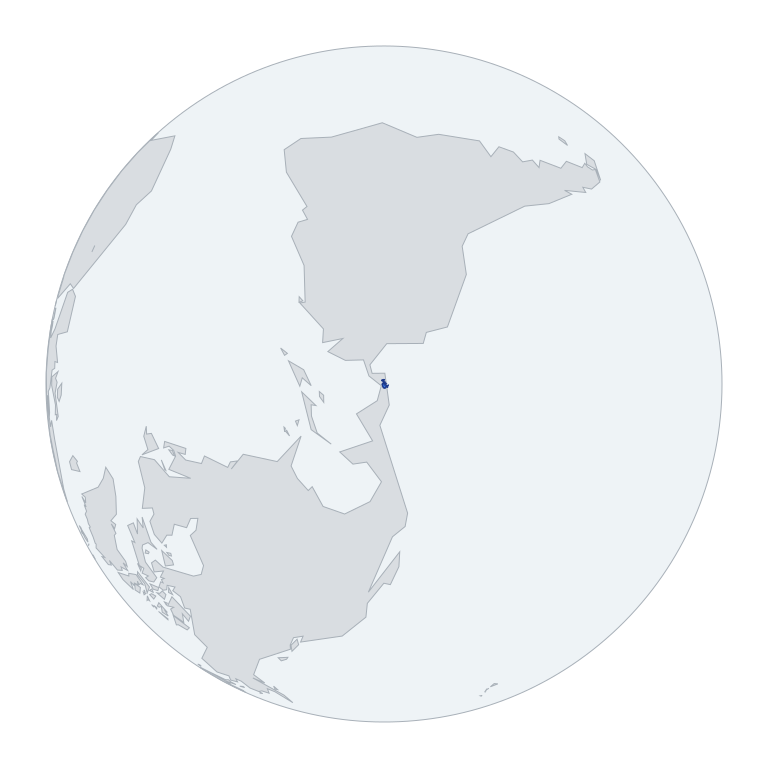 the Earth from above Chiriquí, rotated 232°
{"feature_id": "PAN-1332", "entity_name": "Chiriquí", "entity_type": "Province", "adm_level": 1, "iso_a3": "PAN", "parent_name": "Panama", "parent_adm1": "", "projection": "orthographic", "projection_center": [-82.256, 8.459], "detail": "fine", "context": "on_globe", "style": "filled", "palette": "blue", "viewbox_px": 768, "rotation_deg": 232, "n_neighbors": 0, "source": "natural_earth", "source_scale": "10m", "svg_char_len": 9611}
<svg xmlns="http://www.w3.org/2000/svg" viewBox="0 0 768 768"><g transform="rotate(232 384 384)"><circle cx="384" cy="384" r="338" fill="#eef3f6" stroke="#a8b0b8"/><path d="M407.8,384.7L399.7,381.2L392.0,391.3L364.2,375.2L354.0,355.3L267.7,323.1L258.7,312.9L258.4,296.6L229.6,243.5L242.1,293.1L230.9,283.3L222.0,265.5L227.1,261.2L221.4,235.8L211.4,226.2L211.1,195.9L232.0,159.4L235.1,165.0L239.8,156.5L236.1,149.4L232.6,147.0L243.7,116.4L235.2,102.3L221.8,106.0L233.1,99.7L200.5,113.6L189.0,116.0L208.6,108.6L215.7,104.5L211.1,103.1L217.4,98.8L218.8,96.0L226.8,91.3L237.6,88.6L242.9,85.8L239.4,85.2L245.1,80.9L249.5,82.1L259.9,75.1L280.0,71.6L285.3,82.6L303.0,80.5L325.8,92.6L330.2,89.0L341.7,92.7L351.2,90.3L352.7,94.3L358.9,89.2L355.7,86.1L357.4,83.1L362.7,81.8L365.6,86.2L363.3,87.5L366.9,88.2L366.1,91.1L369.5,88.9L372.4,95.1L377.4,87.2L386.2,90.7L386.0,95.4L375.8,97.1L349.9,115.6L346.5,122.7L352.0,130.0L383.9,138.1L384.5,145.8L392.7,154.6L397.1,148.8L392.3,140.0L402.6,132.4L395.4,123.8L398.6,119.8L395.4,111.0L406.9,110.4L419.9,115.0L423.1,122.6L428.9,125.2L434.8,117.0L449.5,131.6L474.2,142.7L476.8,147.4L465.7,156.5L443.1,157.7L428.7,173.6L449.2,161.9L455.4,175.3L461.1,177.4L467.3,176.4L469.3,171.0L473.8,175.8L455.2,188.2L450.9,184.0L456.8,179.7L446.2,180.9L433.7,191.2L437.8,198.2L414.5,209.5L417.2,215.0L413.6,221.2L411.0,211.3L415.3,229.8L388.6,252.1L394.0,286.6L376.6,260.3L362.9,257.6L346.7,258.7L347.3,264.2L325.0,260.6L305.8,272.9L299.9,300.6L308.5,321.8L333.1,322.3L340.0,310.2L357.7,307.3L346.2,340.0L377.4,343.9L375.0,368.4L384.3,380.8L399.6,377.1L415.6,382.7L426.4,368.1L444.1,359.7L445.2,379.6L454.4,361.1L464.7,370.2L499.6,367.6L497.1,372.3L526.6,394.0L557.3,402.0L564.4,415.9L560.8,425.1L571.2,426.8L571.3,432.6L611.0,437.5L630.1,449.6L628.6,469.7L610.9,494.6L590.9,543.5L558.1,561.8L547.1,580.8L516.8,608.9L497.3,608.2L500.2,620.6L487.1,628.8L473.7,630.0L469.1,638.8L459.1,639.4L464.2,644.7L445.1,656.2L447.2,664.8L432.5,673.4L434.3,678.1L429.8,678.1L424.3,680.0L422.9,682.6L410.3,678.5L409.8,667.6L416.6,661.8L410.7,660.9L425.4,645.5L417.9,648.8L424.6,625.0L437.5,604.4L450.6,542.7L444.4,530.4L419.6,516.3L389.9,469.1L398.6,449.1L391.8,439.9L414.1,411.0L407.8,384.7ZM77.6,289.1L79.9,281.4L80.1,286.4L77.6,289.1ZM80.2,276.7L79.6,279.3L79.9,277.1L80.2,276.7ZM79.7,275.0L80.1,276.2L79.4,275.6L79.7,275.0ZM78.7,273.8L79.4,274.1L79.2,274.4L78.7,273.8ZM392.9,298.5L428.5,314.3L408.9,317.1L412.5,313.8L403.4,307.1L386.5,301.2L369.1,305.4L392.9,298.5ZM78.2,269.6L78.2,268.4L79.0,267.9L78.2,269.6ZM407.4,278.8L401.2,277.6L407.2,277.3L407.4,278.8ZM230.0,146.9L235.4,149.9L236.4,158.4L231.1,156.2L230.0,146.9ZM229.1,132.6L233.4,132.1L227.8,140.0L227.1,137.8L229.1,132.6ZM210.7,110.3L213.9,111.0L208.7,112.0L210.7,110.3ZM217.6,96.5L214.7,97.9L216.7,96.0L217.6,96.5ZM389.2,112.1L392.2,111.6L391.3,113.5L389.2,112.1ZM385.0,109.1L381.8,111.7L379.3,110.6L381.3,109.0L385.0,109.1ZM230.6,87.3L234.7,84.3L232.4,86.8L230.6,87.3ZM389.6,106.3L375.3,108.5L371.0,106.8L375.2,99.7L389.6,106.3ZM238.3,82.3L248.0,76.1L242.4,78.3L263.8,69.6L248.5,77.1L246.5,79.5L243.5,79.9L238.3,82.3ZM352.4,85.9L356.1,89.0L348.2,87.8L352.4,85.9ZM346.9,85.9L320.2,88.5L317.4,83.9L327.0,83.6L319.5,79.5L331.3,75.8L338.0,77.3L337.5,80.8L342.4,76.9L346.9,85.9ZM274.1,66.3L278.0,64.8L276.0,66.0L274.1,66.3ZM357.4,81.9L352.3,82.5L349.5,78.4L359.3,76.5L357.1,78.4L357.4,81.9ZM311.7,80.5L311.4,77.5L320.9,73.7L322.0,72.1L331.3,75.4L311.7,80.5ZM360.4,78.6L364.4,75.8L370.5,76.6L362.3,81.1L360.4,78.6ZM344.7,78.3L343.8,76.4L347.5,76.8L344.7,78.3ZM394.4,79.3L388.3,79.4L386.4,77.2L394.4,79.3ZM365.5,74.7L363.4,74.4L361.9,73.8L365.7,72.2L365.5,74.7ZM337.3,72.7L341.3,72.0L334.0,71.1L340.8,68.8L345.8,71.6L346.5,69.4L348.6,68.7L350.3,71.9L337.3,72.7ZM365.2,68.8L373.9,72.5L385.6,72.4L387.7,74.2L368.4,74.2L365.2,68.8ZM356.3,70.2L362.3,69.7L361.8,71.8L357.4,73.6L356.3,70.2ZM343.6,66.3L331.9,69.2L331.2,68.6L343.6,66.3ZM368.7,68.2L366.6,67.4L369.6,67.9L368.7,68.2ZM351.4,66.2L347.4,67.2L346.7,66.4L351.4,66.2ZM365.6,65.2L368.4,66.3L365.5,67.3L365.6,65.2ZM359.2,65.3L359.3,64.0L362.8,67.1L357.5,65.8L359.2,65.3ZM351.5,65.3L349.8,65.2L353.3,65.1L351.5,65.3ZM374.9,61.1L380.1,64.7L373.7,66.8L369.6,62.9L374.9,61.1ZM430.5,687.1L411.0,680.1L422.3,683.3L432.3,679.0L441.8,684.2L430.5,687.1ZM459.0,675.5L469.3,672.7L471.2,673.9L464.4,676.2L459.0,675.5ZM624.4,146.5L618.8,141.4L625.8,148.4L631.9,154.3L639.5,162.8L625.5,149.6L630.0,158.7L651.0,191.2L650.4,196.9L643.0,194.8L620.1,166.6L623.9,157.4L615.8,148.9L601.9,140.0L604.3,138.5L599.1,134.2L599.3,131.0L586.6,118.3L584.9,115.0L567.5,103.0L564.2,100.1L575.4,107.7L582.3,111.9L576.3,106.2L576.0,105.9L601.1,125.1L624.4,146.5ZM544.0,86.3L544.6,86.8L532.0,80.3L519.5,74.5L516.0,73.0L536.3,82.9L543.9,86.8L549.4,89.5L570.6,102.6L575.3,106.4L555.5,94.9L560.0,99.7L542.6,90.1L498.3,66.9L486.1,62.0L487.9,62.5L516.5,73.1L544.0,86.3ZM273.4,64.7L267.3,67.0L268.2,66.7L274.2,64.7L263.8,69.6L242.4,78.3L241.4,78.2L228.7,84.6L228.4,84.1L225.8,85.4L249.2,74.1L273.4,64.7ZM720.7,355.6L720.8,360.8L719.3,350.4L718.6,351.9L708.3,372.0L700.3,360.5L679.3,319.6L677.7,299.2L668.8,278.7L650.4,198.2L656.1,198.5L652.5,180.0L653.8,181.0L664.6,196.3L667.0,199.3L679.3,219.8L690.2,241.0L699.5,262.9L707.2,285.5L713.4,308.5L717.9,332.0L720.7,355.6ZM667.9,235.1L671.1,241.2L671.1,241.3L667.9,235.1ZM500.7,367.3L505.0,370.9L499.5,371.3L500.7,367.3ZM406.6,325.2L413.9,325.5L417.9,328.4L412.3,329.5L406.6,325.2ZM467.8,323.3L476.0,324.7L467.6,326.7L467.8,323.3ZM434.1,316.3L461.1,323.0L444.7,329.5L427.5,325.6L439.2,323.4L434.1,316.3ZM404.6,290.1L409.3,291.4L408.1,295.0L404.6,290.1ZM411.7,278.7L409.9,279.0L407.4,276.2L411.7,278.7ZM456.5,174.6L458.1,173.7L464.6,173.9L461.9,176.3L456.5,174.6ZM490.7,162.5L497.1,170.7L490.7,166.1L488.3,170.3L471.9,166.7L477.2,149.6L477.7,157.6L490.7,162.5ZM451.5,158.5L461.3,161.8L450.3,158.9L451.5,158.5ZM570.3,117.3L574.6,118.4L580.8,123.6L583.0,130.6L574.0,122.8L570.3,117.3ZM579.2,119.1L559.0,107.3L556.8,103.4L561.5,107.4L562.1,106.0L569.7,112.2L587.4,121.2L594.1,126.6L594.5,134.8L590.7,128.7L586.7,127.5L579.2,119.1ZM511.0,93.1L502.2,90.5L508.9,85.1L516.4,88.4L519.1,94.7L511.8,94.8L511.0,93.1ZM399.9,94.2L396.1,95.4L395.3,93.9L397.8,91.7L399.9,94.2ZM391.7,79.5L415.7,88.6L412.5,90.1L430.3,94.9L428.9,101.0L417.5,97.4L429.7,106.4L418.8,105.6L428.1,111.5L402.7,102.9L393.4,103.4L404.3,100.4L405.8,94.6L403.6,92.3L390.6,86.4L371.3,85.7L369.7,80.7L373.7,77.5L378.1,76.9L377.8,80.1L383.9,77.0L386.7,81.3L391.7,79.5ZM421.6,55.5L419.3,57.2L432.1,56.2L435.0,58.6L436.3,58.4L442.5,60.6L452.3,63.3L452.1,64.5L456.0,65.1L460.1,67.0L465.4,68.4L466.9,71.3L473.5,73.4L470.5,73.6L481.4,76.7L474.0,75.8L478.7,78.9L483.4,78.1L478.7,95.2L482.5,104.7L489.7,113.5L476.0,112.1L460.5,103.5L446.1,92.9L444.4,84.6L438.5,86.1L435.9,82.7L441.7,83.0L431.3,80.8L430.8,78.3L417.9,71.8L403.3,71.2L398.3,69.3L403.7,68.3L394.9,67.2L401.7,64.2L398.3,63.0L401.5,59.4L414.0,59.0L409.2,57.7L411.4,55.6L421.6,55.5ZM376.3,60.0L390.5,57.9L399.1,58.5L389.8,64.7L392.0,66.3L386.4,71.3L374.0,70.6L376.8,69.1L376.6,67.5L380.5,68.3L377.2,66.6L380.9,64.7L379.3,63.0L384.4,62.6L376.3,60.0ZM651.6,177.6L648.9,174.3L648.7,174.0L648.0,173.1L651.6,177.6ZM639.2,164.7L638.1,162.8L645.8,171.6L646.0,172.4L639.2,164.7ZM631.0,155.0L637.5,162.1L634.1,158.7L631.0,155.0ZM573.7,106.1L571.8,104.3L574.2,105.8L578.2,108.7L573.7,106.1ZM460.1,56.7L457.4,56.7L455.3,56.1L444.6,54.8L441.6,53.4L446.9,53.7L460.1,56.7ZM455.0,55.0L451.0,54.5L452.0,54.2L455.0,55.0ZM438.9,52.4L438.9,51.9L440.0,53.1L438.9,52.4ZM423.4,48.6L429.0,49.3L428.1,49.4L423.4,48.6ZM275.9,65.3L277.8,64.9L274.1,66.1L275.9,65.3Z" fill="#d9dde1" stroke="#a8b0b8" stroke-width="1"/><path d="M379.7,385.1L379.4,384.9L379.4,384.7L379.7,384.6L379.9,384.3L380.1,384.2L380.3,384.2L380.5,384.0L380.6,383.8L380.6,383.6L380.6,383.2L380.5,382.8L380.4,382.7L380.2,382.5L380.1,382.4L380.1,382.2L380.3,382.1L380.4,381.9L381.0,381.5L381.2,381.4L381.3,381.3L381.5,381.4L381.8,381.4L382.2,381.4L382.3,381.4L382.3,381.5L382.6,381.6L382.9,381.7L383.4,381.9L383.6,382.0L383.8,382.1L384.0,382.2L384.3,382.2L384.6,382.2L384.7,382.6L384.6,383.1L384.6,383.4L384.5,383.9L384.4,384.0L384.5,384.1L384.9,384.0L385.0,384.0L385.1,383.9L385.1,384.0L385.3,384.2L385.4,384.3L385.4,384.5L385.5,384.7L385.8,384.8L386.3,384.8L386.5,384.8L386.6,385.0L386.8,385.1L387.1,385.2L387.3,385.0L387.5,385.0L387.7,384.9L387.8,384.7L388.1,384.4L388.3,384.5L388.3,384.9L388.3,385.0L388.3,385.3L388.0,385.7L387.8,385.8L387.6,386.5L387.4,386.7L387.3,386.4L387.3,386.5L387.2,386.5L387.2,386.4L387.3,386.3L387.2,385.9L387.0,385.7L386.9,385.6L386.9,385.8L387.0,385.8L386.9,385.8L386.8,386.0L386.7,385.9L386.2,385.7L385.9,385.6L385.9,385.3L385.7,385.4L385.7,385.5L385.4,385.4L385.3,385.5L385.1,385.5L384.9,385.4L384.7,385.8L384.6,385.7L384.6,385.8L384.6,385.6L384.7,385.4L384.6,385.5L384.4,385.5L384.3,385.4L384.2,385.4L384.3,385.3L384.2,385.1L384.3,385.0L384.2,384.9L384.3,384.8L384.3,384.7L384.2,384.7L384.1,384.9L383.9,384.9L383.9,384.7L383.7,384.8L383.5,384.7L383.5,384.8L383.4,384.9L383.2,385.0L383.0,384.9L383.0,384.7L382.9,384.6L382.9,384.8L382.8,385.0L382.7,385.1L382.3,385.0L381.9,384.8L381.6,384.8L381.4,384.8L381.2,384.8L380.8,385.0L380.6,385.1L380.4,385.4L380.4,385.7L380.4,385.9L380.5,386.3L380.4,386.5L380.3,386.4L380.3,386.1L380.0,385.4L380.0,385.2L379.9,385.2L379.7,385.1ZM383.5,385.2L383.7,385.3L383.3,385.4L383.2,385.5L383.2,385.4L383.0,385.2L383.4,385.0L383.6,385.0L383.5,385.2ZM384.3,385.5L384.1,385.5L383.9,385.6L383.7,385.5L383.6,385.4L383.9,385.3L384.0,385.4L384.2,385.5L384.3,385.5ZM383.4,386.2L383.5,386.0L383.6,385.9L383.6,386.0L383.4,386.2Z" fill="#3b82f6" stroke="#1e3a8a" stroke-width="1.5"/></g></svg>